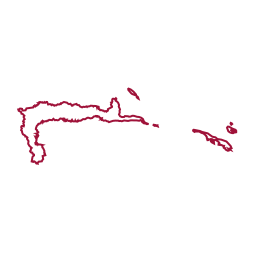 Halmahera Tengah, Maluku Utara, Indonesia (Mercator projection), rotated 345°
{"feature_id": "22746128B46636453933041", "entity_name": "Halmahera Tengah", "entity_type": "district", "adm_level": 2, "iso_a3": "IDN", "parent_name": "Indonesia", "parent_adm1": "Maluku Utara", "projection": "mercator", "projection_center": [128.383, 0.221], "detail": "fine", "context": "isolated", "style": "outline", "palette": "rose", "viewbox_px": 256, "rotation_deg": 345, "n_neighbors": 0, "source": "geoboundaries", "source_scale": "gbopen_adm2", "svg_char_len": 5766}
<svg xmlns="http://www.w3.org/2000/svg" viewBox="0 0 256 256"><g transform="rotate(345 128 128)"><path d="M41.0,132.9L40.7,131.9L41.1,131.8L41.0,130.3L40.7,130.1L41.3,128.6L40.8,125.5L40.3,125.0L40.1,125.3L40.5,123.7L40.3,122.4L41.0,122.3L38.7,121.1L37.3,120.9L36.5,119.9L36.3,119.1L36.0,119.1L36.0,119.9L36.4,120.1L35.9,120.6L35.6,119.8L34.6,119.8L34.6,119.3L35.1,119.7L35.6,119.6L35.5,119.3L35.9,119.4L35.3,119.0L35.6,118.7L35.2,118.3L35.8,117.9L35.7,117.4L36.7,115.4L36.4,113.5L36.8,114.0L36.9,113.0L37.9,113.0L37.5,112.8L37.1,112.3L37.1,112.2L37.4,111.9L37.3,112.4L37.7,112.6L38.0,112.5L37.6,112.2L38.0,112.3L37.8,111.8L38.3,112.3L39.0,112.0L38.9,112.6L39.3,112.2L38.9,111.6L39.2,111.5L39.1,111.1L38.4,110.9L38.4,110.5L38.9,110.5L38.2,110.3L38.1,110.0L38.8,110.2L38.3,109.8L39.0,109.9L39.4,108.9L39.7,108.9L39.6,108.3L40.0,108.3L39.4,107.2L39.6,106.6L38.7,105.3L39.0,104.4L40.5,102.3L41.5,101.8L41.9,101.2L42.5,101.3L42.9,100.8L44.8,100.9L46.2,99.4L46.5,99.6L47.1,99.2L47.2,100.5L48.1,99.6L48.7,100.1L50.4,100.1L51.2,100.5L52.0,100.0L52.6,100.3L54.0,99.7L56.7,100.8L58.3,99.8L59.4,101.6L60.7,101.6L61.8,102.3L63.0,102.4L65.1,101.3L66.8,102.1L67.0,102.6L67.5,102.1L68.1,102.1L68.8,102.4L68.6,103.0L68.9,103.2L68.6,103.3L68.9,103.9L69.9,104.0L69.4,104.3L69.7,104.7L69.2,104.8L69.3,105.2L71.5,104.9L72.4,105.8L73.6,106.0L74.1,106.9L75.1,107.1L75.6,106.8L75.6,105.9L76.0,105.6L76.3,107.0L77.0,107.5L78.7,107.9L79.0,107.4L79.1,108.0L80.2,108.4L80.6,108.2L80.4,108.6L80.9,108.8L82.4,108.3L84.3,108.7L86.9,107.8L88.8,108.4L91.4,107.6L92.4,107.8L94.2,109.0L96.0,109.1L98.1,108.0L99.7,108.3L100.0,108.0L100.3,108.1L100.0,108.3L101.1,109.2L102.2,109.0L102.9,109.4L103.2,110.7L103.9,111.0L104.2,111.8L104.7,111.8L104.4,112.1L104.7,112.2L104.4,112.4L104.7,112.4L104.7,113.4L105.3,113.4L106.3,114.6L108.3,114.9L109.5,116.1L110.4,116.4L111.1,117.4L115.4,117.2L117.7,117.6L120.5,118.4L121.2,119.0L122.5,119.2L123.8,119.9L126.2,119.7L129.9,121.2L132.6,121.3L138.3,122.9L140.7,123.9L142.3,123.6L143.2,124.7L143.0,125.2L143.4,126.1L144.7,127.7L146.0,128.1L147.1,129.1L148.9,129.5L145.9,127.3L145.1,125.8L144.7,123.1L143.4,121.5L141.5,120.2L139.6,119.5L136.9,117.8L135.3,117.3L133.5,117.6L131.8,117.3L131.1,116.7L128.1,115.7L127.2,116.3L125.0,115.9L123.4,114.6L122.8,112.6L124.0,110.9L124.3,109.1L125.1,108.0L124.6,104.9L125.3,103.5L125.0,101.1L124.3,99.7L123.1,98.4L123.1,97.8L124.0,97.3L124.3,96.7L124.0,96.1L123.1,96.7L121.1,95.8L120.5,96.0L119.9,96.9L119.8,98.2L119.3,98.9L118.4,99.0L118.7,99.7L117.6,100.8L117.7,102.1L118.2,102.9L117.9,103.6L113.5,104.6L113.1,106.0L111.4,106.6L111.1,105.9L109.5,105.9L108.9,104.9L108.2,104.8L107.2,103.9L105.7,103.6L105.5,102.8L104.8,102.3L105.1,99.9L104.2,99.4L103.4,100.4L103.4,99.1L102.8,98.5L101.0,97.9L100.1,98.3L99.7,97.5L97.8,96.8L96.6,97.1L94.4,96.8L93.9,97.1L93.5,96.4L91.7,96.5L90.3,95.9L89.0,96.2L87.2,94.8L86.7,93.3L85.7,93.0L84.6,92.2L84.5,91.4L81.0,91.4L80.3,92.1L79.6,92.0L78.7,89.7L77.2,89.7L76.3,88.9L75.7,87.8L72.8,86.3L70.0,87.0L69.7,86.8L69.3,87.5L68.6,87.2L68.1,87.5L67.4,87.5L66.3,86.9L64.5,87.6L62.9,87.0L62.5,87.3L61.2,85.8L60.6,85.6L60.1,86.1L58.9,84.7L56.9,84.6L56.6,82.0L55.9,81.7L54.5,82.2L53.9,81.4L53.5,81.8L52.3,81.6L51.7,80.8L50.7,80.9L49.8,80.1L49.1,80.1L49.1,80.5L48.4,80.8L47.8,80.7L48.2,81.4L47.2,82.2L46.4,82.1L45.7,82.7L45.3,82.4L44.8,82.8L44.4,82.5L44.4,83.0L43.9,83.3L42.6,82.5L41.7,83.6L35.0,82.8L33.6,84.4L30.9,83.9L30.5,83.0L30.6,82.1L29.5,81.5L28.5,81.3L27.9,81.8L26.8,81.7L26.9,83.1L28.8,84.8L28.8,86.6L29.9,87.2L31.1,89.4L30.2,90.0L30.0,90.7L30.5,92.7L29.4,93.3L28.4,94.5L29.1,95.4L28.1,96.5L28.3,98.4L27.7,99.4L26.9,98.8L26.0,98.6L25.4,98.9L25.0,100.0L25.4,100.9L24.2,102.4L24.8,103.5L24.6,105.1L24.9,106.9L26.6,108.6L26.6,109.7L27.5,109.9L28.4,111.2L27.8,111.9L27.7,112.5L28.5,114.9L27.5,117.4L28.1,119.7L29.8,122.3L28.9,122.7L28.5,124.1L27.4,125.0L27.8,126.3L29.2,127.0L29.1,128.0L30.3,129.3L30.1,130.2L28.7,130.8L28.2,131.4L26.3,135.4L27.5,136.1L27.7,135.7L28.6,135.8L29.3,136.4L30.3,138.5L30.6,138.4L31.5,139.0L31.6,138.1L32.0,138.2L33.1,137.4L36.1,137.9L37.3,136.5L38.0,136.1L38.3,133.0L41.0,132.9ZM196.7,149.5L191.0,146.7L190.3,147.0L190.2,147.6L191.2,149.0L192.2,148.9L195.8,149.8L197.7,151.7L199.4,152.7L201.5,155.7L201.4,156.3L201.8,156.9L201.5,158.1L202.2,159.0L201.5,159.6L201.6,160.3L202.7,160.5L203.7,160.1L205.1,160.1L206.4,160.6L207.7,161.9L210.1,162.4L210.3,163.1L211.6,164.4L212.3,166.0L211.6,166.4L211.1,167.6L211.9,168.0L212.3,167.7L212.9,167.9L213.2,168.5L214.2,168.8L214.8,169.7L216.2,170.1L215.3,171.7L215.9,172.6L216.6,172.7L216.8,174.2L218.5,175.8L219.6,175.9L220.1,175.4L219.7,174.2L221.5,175.7L221.1,174.5L221.3,174.1L222.8,174.2L222.5,172.0L219.6,166.5L215.1,163.4L211.5,161.8L210.1,159.7L207.2,158.2L203.6,153.8L198.6,151.0L196.7,149.5ZM228.8,155.7L225.8,152.8L224.7,152.5L223.7,153.4L224.1,157.2L225.4,158.7L227.1,159.8L228.3,160.2L228.8,160.0L227.6,159.5L228.4,159.5L228.0,158.7L229.4,158.4L227.1,156.8L227.6,156.2L228.4,156.5L228.3,155.8L229.0,156.8L228.5,156.7L228.4,157.1L228.8,157.0L228.9,157.6L230.6,158.7L230.6,159.5L229.9,159.7L230.1,160.0L231.4,160.1L231.8,158.8L231.4,157.6L228.8,155.7ZM138.7,90.1L138.3,90.3L138.2,91.4L140.1,95.3L140.9,96.3L143.8,98.4L144.3,98.4L144.4,97.7L142.7,94.3L140.6,91.5L138.7,90.1ZM206.4,162.0L205.8,160.9L204.9,161.6L204.6,162.4L205.3,163.6L207.1,165.3L207.4,163.3L206.6,161.9L206.8,162.6L206.4,163.5L205.9,163.5L205.8,162.9L206.2,162.9L206.4,162.0ZM152.9,131.2L154.2,132.8L155.4,132.9L154.8,133.2L155.7,133.1L157.2,134.2L157.2,133.8L155.6,132.4L152.9,131.2ZM144.9,99.7L144.4,100.3L144.9,101.6L145.7,102.4L145.6,100.7L144.9,99.7ZM228.6,151.6L229.7,151.1L229.4,150.3L228.6,149.7L228.2,150.3L228.6,151.6ZM68.6,103.9L68.4,103.4L67.8,103.2L68.0,103.9L68.2,103.6L68.6,103.9Z" fill="none" stroke="#9f1239" stroke-width="2"/></g></svg>